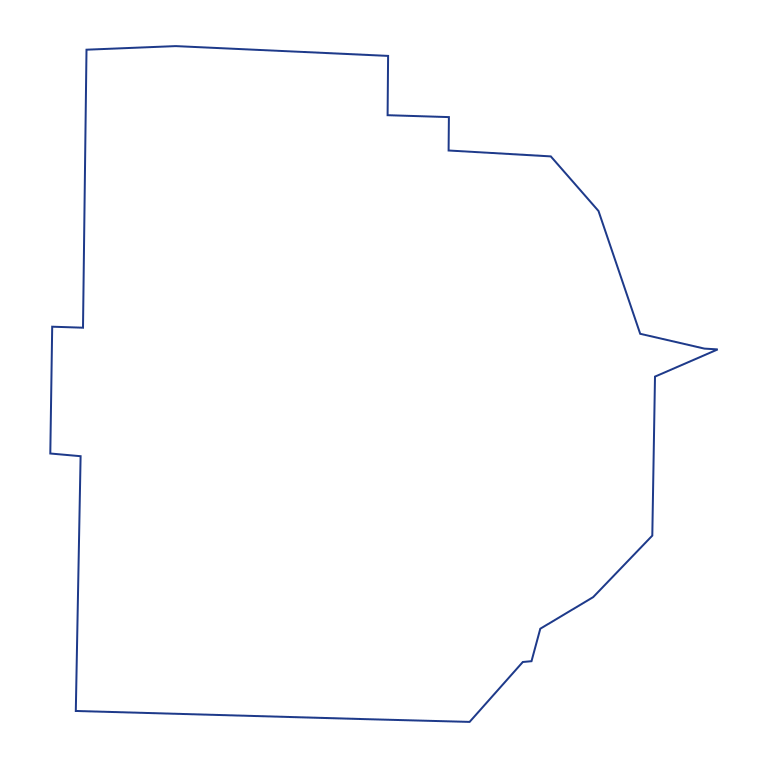 Tift, Georgia, United States of America (Natural Earth projection)
{"feature_id": "52423323B78995174680355", "entity_name": "Tift", "entity_type": "district", "adm_level": 2, "iso_a3": "USA", "parent_name": "United States of America", "parent_adm1": "Georgia", "projection": "natural_earth1", "projection_center": [-83.491, 31.462], "detail": "fine", "context": "isolated", "style": "outline", "palette": "blue", "viewbox_px": 768, "rotation_deg": 0, "n_neighbors": 0, "source": "geoboundaries", "source_scale": "gbopen_adm2", "svg_char_len": 429}
<svg xmlns="http://www.w3.org/2000/svg" viewBox="0 0 768 768"><path d="M717.7,349.4L704.4,348.6L640.2,333.8L598.5,211.0L550.8,156.4L448.6,150.5L448.9,117.1L387.6,115.2L388.1,55.9L175.7,46.1L86.5,49.7L85.6,120.6L83.0,327.7L52.2,326.7L50.3,453.5L80.6,456.2L75.8,711.0L363.8,719.1L469.6,721.9L522.8,662.0L531.5,661.2L540.3,628.7L593.2,597.1L652.3,535.6L655.0,376.6L717.7,349.4Z" fill="none" stroke="#1e3a8a" stroke-width="2"/></svg>